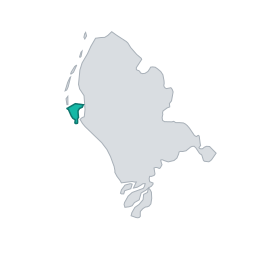 location of Texel, Netherlands, rotated 303°
{"feature_id": "6326949B53858734726992", "entity_name": "Texel", "entity_type": "district", "adm_level": 2, "iso_a3": "NLD", "parent_name": "Netherlands", "parent_adm1": "", "projection": "mercator", "projection_center": [4.818, 53.078], "detail": "fine", "context": "in_parent", "style": "filled", "palette": "teal", "viewbox_px": 256, "rotation_deg": 303, "n_neighbors": 0, "source": "geoboundaries", "source_scale": "gbopen_adm2", "svg_char_len": 5403}
<svg xmlns="http://www.w3.org/2000/svg" viewBox="0 0 256 256"><g transform="rotate(303 128 128)"><path d="M154.9,215.6L151.1,215.5L147.6,215.4L145.7,215.1L143.7,214.2L142.8,212.4L141.7,210.1L142.0,208.8L145.3,204.9L145.8,203.8L145.5,203.2L145.8,201.5L148.3,195.7L148.7,193.4L147.5,191.8L145.9,190.8L140.5,189.1L138.0,186.6L136.8,184.5L135.6,183.9L133.8,184.6L129.4,185.4L125.8,184.3L121.5,180.2L120.5,176.6L120.0,173.8L118.9,172.9L117.5,174.3L115.7,176.5L112.1,176.8L111.1,176.3L110.9,175.0L110.7,173.9L109.7,172.4L108.6,171.6L104.1,175.7L102.4,175.7L100.3,174.1L99.2,172.5L96.9,173.4L94.8,175.4L95.5,179.0L94.4,179.6L91.8,179.3L88.9,177.8L85.6,176.9L80.7,174.4L73.8,176.5L69.0,174.0L65.0,173.8L62.5,171.8L59.8,168.6L61.7,166.4L63.6,165.7L70.9,165.2L76.2,166.6L85.7,173.7L88.1,173.6L90.7,172.7L89.4,170.8L87.0,169.9L83.4,168.0L80.6,165.3L87.2,164.4L86.3,163.0L85.4,160.6L78.4,152.3L79.6,150.1L81.4,145.2L83.6,141.2L85.3,140.1L88.2,137.3L94.5,128.9L98.5,122.0L101.4,113.9L105.8,91.3L107.0,87.4L109.1,83.1L111.8,83.9L113.6,85.2L120.1,81.9L131.2,73.5L134.4,66.2L137.7,62.7L150.4,56.1L157.5,54.1L168.3,53.6L176.2,52.4L185.6,51.9L189.2,56.1L191.3,59.1L194.7,60.7L199.9,61.9L199.6,67.8L199.6,79.5L199.2,81.6L196.9,86.5L194.4,95.3L193.7,101.0L193.0,102.1L183.1,102.1L181.7,103.1L181.5,104.3L182.0,105.8L181.7,107.3L181.0,108.5L181.4,110.4L183.1,112.5L186.2,113.9L189.6,114.0L191.3,113.8L192.6,115.3L193.8,117.7L193.7,120.7L193.2,124.7L191.6,128.3L187.1,132.6L185.0,134.1L183.1,134.9L182.2,136.0L181.8,137.4L181.9,138.7L185.1,142.0L185.0,142.8L184.1,144.6L182.8,146.2L174.5,149.7L171.0,149.4L169.0,151.1L168.4,151.5L166.2,149.9L161.4,148.1L159.5,148.7L158.5,149.7L155.4,150.9L153.2,152.8L153.2,155.2L157.1,161.5L158.5,162.7L158.5,165.1L160.4,168.0L162.4,171.7L162.6,174.0L162.3,176.4L161.3,179.7L158.0,187.5L157.9,189.0L158.2,190.2L159.4,190.5L160.2,191.1L160.0,192.1L153.7,197.5L152.9,198.4L150.2,198.2L149.8,199.1L150.2,200.5L151.2,201.8L153.5,202.5L155.4,203.8L156.9,206.5L154.9,215.6ZM88.9,177.8L88.3,180.1L86.9,182.6L81.9,186.2L76.8,188.5L74.1,188.2L72.3,187.0L71.3,185.7L68.5,184.4L64.7,183.8L62.4,185.2L60.7,186.4L59.2,186.2L58.1,185.2L57.3,183.5L56.1,178.4L59.0,177.4L65.1,177.0L69.8,178.9L76.1,179.7L80.8,177.3L84.6,179.4L88.9,177.8ZM78.5,156.6L82.2,159.9L82.9,161.0L83.2,162.1L78.6,163.4L73.7,159.4L70.4,160.3L69.2,158.4L69.2,157.2L72.5,156.2L78.5,156.6ZM113.5,75.1L109.8,79.5L107.6,78.3L106.9,77.2L108.1,73.8L113.5,68.1L113.5,75.1ZM129.9,55.4L126.5,55.9L124.9,55.0L133.3,52.6L138.6,51.8L139.5,52.1L129.9,55.4ZM152.5,50.8L145.1,51.9L142.6,51.1L142.2,50.4L144.2,49.9L150.5,49.8L152.5,50.5L152.5,50.8ZM121.8,60.3L114.9,64.9L114.3,64.1L118.8,60.1L121.8,60.3ZM182.6,43.1L179.1,43.3L180.1,41.6L183.3,40.4L185.1,40.4L182.6,43.1ZM167.6,47.6L162.4,49.7L161.1,49.3L161.4,48.6L166.0,47.3L167.6,47.6Z" fill="#d9dde1" stroke="#a8b0b8" stroke-width="1"/><path d="M121.4,74.1L121.3,73.9L121.1,73.6L121.0,73.4L120.9,73.1L120.8,72.8L120.6,72.5L120.5,72.2L120.4,72.1L120.3,71.8L120.2,71.7L120.0,71.2L119.8,70.9L119.7,70.6L119.3,70.4L119.0,70.2L118.8,70.1L118.5,70.0L118.3,69.8L118.0,69.7L117.7,69.6L117.5,69.4L117.2,69.3L117.0,69.2L116.7,69.1L116.5,68.9L116.2,68.8L115.9,68.7L115.7,68.5L115.5,68.4L115.2,68.3L115.0,68.2L114.7,68.0L114.5,67.9L114.3,67.8L114.1,67.7L113.7,67.5L113.3,67.3L113.2,67.2L112.9,67.1L112.5,66.9L112.1,66.7L111.7,66.5L111.4,66.4L111.2,66.2L111.0,66.4L111.0,66.6L111.0,66.9L111.0,67.2L111.0,67.5L111.0,68.1L110.9,68.3L110.7,68.6L110.5,68.8L110.4,69.1L110.2,69.3L110.1,69.6L109.8,69.9L109.7,70.1L109.6,70.3L109.4,70.5L109.3,70.8L109.2,70.9L109.1,71.0L108.9,71.3L108.8,71.5L108.7,71.6L108.6,71.8L108.5,72.0L108.4,72.1L108.2,72.3L108.1,72.5L107.9,72.8L107.8,73.0L107.7,73.1L107.6,73.3L107.5,73.5L107.4,73.6L107.3,73.8L107.2,73.9L107.1,74.0L107.0,74.4L106.9,74.5L106.8,74.8L106.7,75.1L106.6,75.3L106.5,75.6L106.4,75.7L106.4,75.8L106.3,76.1L106.2,76.2L106.2,76.3L106.1,76.5L106.1,76.8L106.1,77.1L106.1,77.4L106.1,77.5L106.1,77.8L106.1,78.1L106.1,78.4L106.1,78.5L106.1,78.8L106.1,79.0L106.1,79.3L105.9,79.4L105.8,79.5L105.6,79.6L105.4,79.7L105.2,79.8L104.9,79.9L104.8,80.0L104.7,80.1L104.3,80.2L104.2,80.3L103.9,80.4L103.8,80.5L103.7,80.5L103.3,80.7L103.3,80.9L103.3,81.0L103.3,81.3L103.3,81.6L103.3,81.9L103.4,82.0L103.5,82.1L103.7,82.3L103.8,82.3L103.9,82.5L104.0,82.6L104.2,82.8L104.3,82.9L104.4,83.0L104.5,83.0L104.8,82.9L105.0,82.8L105.2,82.7L105.4,82.6L105.5,82.5L105.7,82.4L105.8,82.3L106.0,82.2L106.3,82.0L106.4,81.9L106.5,81.8L106.7,81.7L106.8,81.6L107.1,81.4L107.3,81.3L107.4,81.2L107.5,81.1L107.8,80.9L108.0,80.7L108.4,80.7L108.5,80.7L108.9,80.7L109.0,80.7L109.4,80.7L109.5,80.7L109.9,80.7L110.0,80.7L110.3,80.4L110.5,80.2L110.8,80.0L110.9,79.9L111.0,79.8L111.2,79.7L111.3,79.6L111.5,79.5L111.6,79.3L111.8,79.2L112.1,79.0L112.2,78.9L112.3,78.8L112.5,78.7L112.8,78.4L113.1,78.2L113.4,78.0L113.5,77.9L113.9,77.6L114.2,77.4L114.4,77.3L114.7,77.1L115.0,76.9L115.3,76.7L115.5,76.7L115.8,76.7L116.1,76.7L116.4,76.7L116.6,76.7L116.9,76.7L117.2,76.7L117.5,76.7L117.8,76.7L118.0,76.7L118.3,76.9L118.5,77.0L118.8,77.2L119.1,77.4L119.4,77.6L119.7,77.8L120.0,77.9L120.2,78.1L120.6,78.3L120.8,78.3L121.1,78.2L121.3,78.2L121.7,78.1L121.9,78.1L122.2,78.0L122.5,78.0L122.8,77.9L123.2,77.9L123.0,77.6L122.9,77.3L122.7,77.0L122.6,76.7L122.5,76.4L122.4,76.2L122.2,75.9L122.1,75.6L122.0,75.3L121.8,75.0L121.7,74.8L121.6,74.5L121.4,74.2L121.4,74.1Z" fill="#14b8a6" stroke="#0f766e" stroke-width="1.5"/></g></svg>